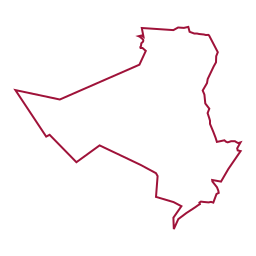 Santa María Temaxcalapa, Oaxaca, Mexico
{"feature_id": "50627088B67210790477336", "entity_name": "Santa María Temaxcalapa", "entity_type": "district", "adm_level": 2, "iso_a3": "MEX", "parent_name": "Mexico", "parent_adm1": "Oaxaca", "projection": "orthographic", "projection_center": [-96.15, 17.377], "detail": "fine", "context": "isolated", "style": "outline", "palette": "rose", "viewbox_px": 256, "rotation_deg": 0, "n_neighbors": 0, "source": "geoboundaries", "source_scale": "gbopen_adm2", "svg_char_len": 1233}
<svg xmlns="http://www.w3.org/2000/svg" viewBox="0 0 256 256"><path d="M156.0,196.9L173.6,202.1L181.4,206.2L173.4,217.7L173.8,228.7L173.8,229.1L178.3,219.1L186.4,213.0L195.3,207.2L198.1,205.2L199.9,204.1L199.4,202.6L200.9,201.6L204.1,202.0L208.6,202.4L211.0,201.9L213.3,202.6L216.5,194.0L218.7,192.9L218.3,190.7L217.0,187.3L212.4,181.5L212.2,180.0L221.0,181.6L228.4,168.9L240.6,151.1L237.7,150.4L237.2,148.3L240.5,142.4L238.2,143.1L236.5,142.2L234.9,141.2L232.3,141.2L231.1,141.2L228.5,142.1L227.5,142.3L226.0,141.7L224.4,140.3L220.7,141.1L216.9,141.9L215.6,137.8L213.3,131.8L210.0,123.9L210.0,120.7L209.3,118.3L207.6,113.1L209.3,108.7L205.3,103.5L204.4,94.6L202.7,90.5L207.0,83.1L207.7,79.0L213.7,66.4L216.0,62.3L216.2,56.2L217.8,52.2L209.1,35.5L208.4,34.9L205.9,35.0L205.4,34.9L203.9,34.5L199.1,34.0L196.9,33.5L194.2,33.5L189.6,31.8L188.3,26.9L183.9,27.9L178.1,27.5L173.4,30.1L141.8,28.0L143.5,36.8L141.5,35.5L138.6,36.2L139.6,36.6L140.5,37.3L141.8,38.4L143.1,39.5L143.3,40.8L142.9,41.8L141.3,43.3L141.0,46.0L140.3,47.1L140.6,48.0L142.5,48.0L145.8,50.9L139.4,64.7L59.8,99.5L15.4,90.1L46.2,136.6L49.6,134.8L76.4,162.2L99.6,145.4L140.6,164.9L156.0,173.2L157.6,176.1L156.0,196.9Z" fill="none" stroke="#9f1239" stroke-width="2"/></svg>